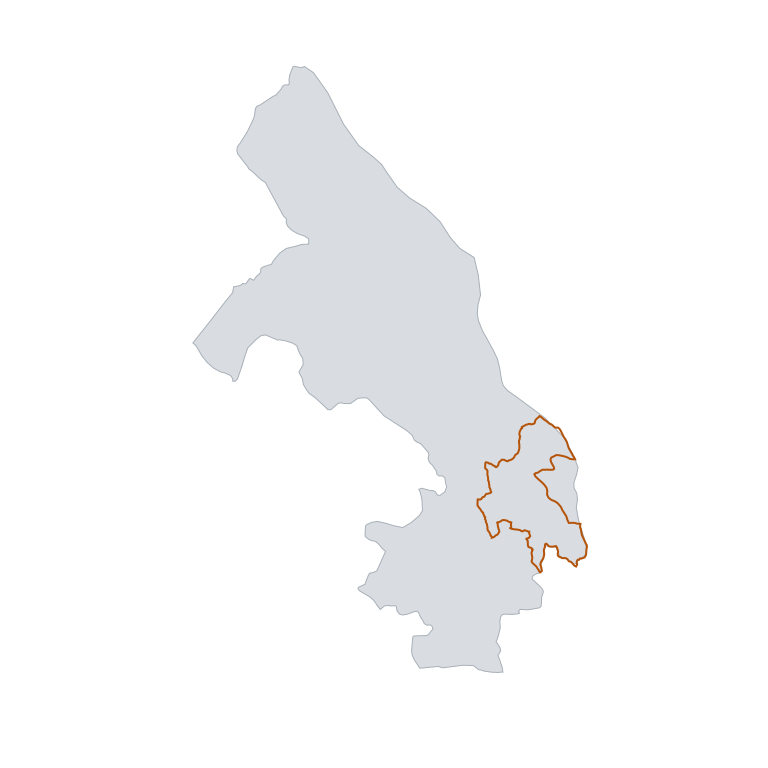 where Pool sits in Republic of the Congo, rotated 308°
{"feature_id": "COG-3341", "entity_name": "Pool", "entity_type": "Region", "adm_level": 1, "iso_a3": "COG", "parent_name": "Republic of the Congo", "parent_adm1": "", "projection": "natural_earth1", "projection_center": [14.821, -3.811], "detail": "fine", "context": "in_parent", "style": "outline", "palette": "amber", "viewbox_px": 768, "rotation_deg": 308, "n_neighbors": 0, "source": "natural_earth", "source_scale": "10m", "svg_char_len": 9660}
<svg xmlns="http://www.w3.org/2000/svg" viewBox="0 0 768 768"><g transform="rotate(308 384 384)"><path d="M182.1,587.2L185.3,577.6L187.7,573.2L190.6,570.1L202.3,562.5L204.0,562.8L212.1,572.6L214.6,573.4L217.5,573.1L220.9,573.5L222.5,571.6L222.8,569.1L220.3,566.2L220.0,563.2L221.7,559.9L222.7,556.3L225.2,552.0L225.4,549.9L222.8,547.7L217.3,544.3L213.6,541.1L212.2,538.0L213.2,534.0L216.2,530.8L216.0,529.0L213.4,526.1L211.5,523.0L209.5,521.0L204.0,519.9L205.1,515.7L207.1,509.5L207.6,504.8L206.0,492.4L206.2,490.2L207.7,489.0L210.9,490.4L214.2,492.3L223.1,489.6L226.2,489.2L228.8,491.6L232.4,493.4L253.0,488.3L253.4,483.0L254.6,478.2L254.7,474.7L253.9,472.4L252.8,470.6L252.2,467.1L252.2,463.2L254.2,461.4L260.7,456.9L262.8,457.0L267.4,459.5L271.7,463.4L275.5,471.6L278.2,478.7L282.4,487.2L291.4,490.7L302.1,492.9L307.9,492.3L316.2,485.1L320.9,479.4L322.4,476.3L325.1,477.9L328.2,485.4L330.2,488.3L330.7,491.0L329.3,494.5L330.7,496.7L336.4,498.3L341.5,496.8L343.7,493.7L347.5,489.8L347.5,486.4L345.5,484.2L345.5,481.2L347.6,478.9L349.7,472.5L350.3,467.8L352.3,464.8L356.1,462.7L357.4,460.8L359.6,449.7L358.5,445.6L358.5,442.3L360.9,438.0L361.3,431.1L358.9,403.5L362.6,381.5L362.3,378.7L359.6,375.3L356.4,372.1L347.9,369.6L344.7,365.5L342.3,361.2L340.5,359.8L331.2,358.0L329.2,355.6L330.0,348.6L330.8,338.2L330.5,331.0L332.2,325.2L334.0,320.8L338.1,316.2L340.3,310.8L341.5,309.4L349.2,308.5L352.0,306.3L354.2,304.0L355.2,300.9L357.8,295.8L360.2,292.3L360.4,289.9L359.9,286.7L357.6,280.3L354.8,274.9L353.1,273.0L349.7,260.4L346.5,257.4L340.3,255.8L328.7,254.4L321.7,256.7L311.0,260.9L297.6,265.5L294.5,265.0L293.1,263.1L295.1,261.5L296.2,257.7L294.8,252.2L292.8,247.2L291.6,240.1L292.1,231.3L294.1,223.1L298.4,212.4L298.7,208.1L324.5,208.3L352.2,208.2L362.8,208.5L368.0,205.7L372.8,209.9L375.2,210.8L376.0,210.5L377.9,213.5L383.9,213.1L384.9,213.8L385.4,217.4L391.0,217.3L393.8,218.1L396.0,218.0L399.3,215.9L401.6,216.6L405.9,219.3L408.9,221.6L413.2,220.9L423.0,221.3L430.6,223.5L438.2,229.6L443.2,233.1L447.8,238.4L449.4,237.4L451.9,235.4L451.8,230.9L449.3,223.3L448.3,216.8L448.9,211.5L450.8,207.7L454.1,205.4L454.5,201.3L469.8,166.3L469.3,162.2L469.7,156.2L470.4,149.5L470.2,145.5L471.3,142.7L475.3,126.9L477.5,124.2L480.8,122.4L485.7,122.3L498.6,121.0L510.5,118.4L514.5,117.3L522.0,113.1L524.9,112.9L527.4,114.5L541.9,119.3L545.9,121.2L547.3,120.9L549.5,121.3L552.9,121.4L556.2,120.8L558.3,121.4L561.0,124.6L562.8,124.2L565.1,121.9L569.5,119.5L577.9,116.9L579.3,118.1L582.2,123.9L585.2,125.9L585.9,136.8L578.8,160.5L563.8,192.3L556.3,217.3L556.3,235.7L555.5,247.2L553.0,254.2L547.2,273.2L546.3,289.5L548.4,309.4L546.4,328.3L540.2,346.2L537.5,360.2L539.1,377.2L527.8,391.3L513.5,405.3L504.3,409.3L497.1,414.0L492.0,419.4L486.6,428.8L478.1,448.9L473.7,457.7L467.9,465.2L459.3,474.4L456.2,478.8L454.9,485.1L455.4,496.7L456.3,531.9L452.5,559.0L444.0,577.9L437.7,588.3L431.3,591.5L423.0,594.4L419.0,597.9L416.6,603.2L411.9,607.7L405.0,611.6L396.4,621.2L385.9,636.5L378.8,645.2L374.9,647.5L370.9,647.7L366.8,645.8L363.4,645.6L361.6,646.4L358.9,644.3L359.0,640.8L358.5,635.0L356.5,629.0L361.0,620.5L360.6,618.6L358.5,615.5L356.1,611.1L353.8,611.4L349.0,614.8L344.0,617.4L339.3,618.5L333.6,622.7L330.4,622.7L328.7,621.1L324.8,619.5L322.7,620.1L321.5,620.8L320.6,631.0L319.8,635.4L318.4,637.5L312.6,639.7L308.7,642.7L305.3,644.7L303.2,644.2L294.7,636.5L290.3,630.1L287.6,630.0L286.8,632.0L285.5,631.1L281.4,626.9L276.5,620.2L274.7,619.2L272.0,619.3L267.8,621.8L263.6,625.6L256.1,629.1L249.8,631.1L249.2,633.5L247.7,637.6L245.6,640.2L240.1,641.0L238.1,644.7L233.2,651.9L230.1,655.1L229.2,653.7L227.3,652.0L223.3,646.5L219.4,639.6L218.3,636.4L217.2,634.7L217.1,627.7L211.1,619.5L196.4,604.9L194.8,600.6L182.1,587.2Z" fill="#d9dde1" stroke="#a8b0b8" stroke-width="1"/><path d="M454.5,526.3L454.7,528.6L454.5,531.7L454.8,535.2L454.6,538.6L454.8,539.6L455.3,540.8L455.3,542.2L455.0,544.9L455.3,546.2L455.9,547.0L456.5,547.5L456.8,548.1L456.7,549.6L456.4,550.8L455.7,552.6L453.1,558.0L452.0,561.3L450.8,564.0L447.4,568.7L445.2,573.9L444.8,575.3L444.1,576.2L443.2,579.1L442.3,580.9L441.1,579.3L440.3,578.1L439.4,576.6L439.2,574.4L438.4,571.6L437.1,568.7L435.4,565.4L433.9,563.4L430.9,562.1L429.0,561.1L427.1,561.6L425.6,563.4L424.5,565.6L423.2,568.8L421.9,570.3L420.5,569.9L418.8,567.9L416.9,565.2L415.4,563.5L414.1,561.7L411.7,560.7L408.7,559.7L407.0,558.3L405.5,558.0L404.4,560.2L404.0,564.2L403.8,568.4L403.3,572.4L402.2,576.1L400.2,578.6L397.2,580.6L395.7,583.8L395.7,587.1L396.8,591.0L397.0,594.3L396.1,599.0L394.4,602.2L393.1,606.0L392.1,608.9L389.7,612.4L388.3,615.2L390.2,617.4L391.7,619.4L393.0,622.4L394.7,624.9L391.9,626.6L391.4,627.3L391.1,628.1L386.9,632.8L382.5,641.3L382.1,642.4L381.6,643.3L380.7,644.1L378.2,645.4L374.6,647.9L373.0,648.6L371.0,648.8L370.4,648.6L368.7,647.4L368.0,647.1L367.8,647.0L367.3,646.1L367.1,645.8L366.6,645.8L365.5,645.9L365.2,645.6L364.8,644.9L363.8,644.9L362.7,645.2L362.1,645.6L361.0,647.0L360.3,647.4L359.3,647.5L358.4,647.7L358.1,645.8L359.0,641.0L358.8,640.4L358.5,639.8L358.3,639.2L358.3,638.5L358.4,637.9L358.8,636.8L358.9,636.2L358.7,634.6L358.1,633.6L357.3,632.8L356.5,631.6L356.0,629.2L355.6,627.8L355.7,627.3L356.1,626.4L357.0,625.5L359.0,624.5L359.6,623.8L360.3,622.8L361.2,621.6L361.9,620.4L362.1,619.2L361.7,618.8L359.9,617.4L358.8,616.0L357.9,614.5L357.6,613.6L357.6,613.2L357.7,612.9L358.0,612.0L358.1,611.2L358.1,610.5L357.9,610.0L357.6,609.7L356.6,609.8L354.3,611.3L351.9,612.0L350.8,612.8L348.7,614.9L346.7,616.0L344.7,616.8L339.9,617.4L337.9,618.4L336.3,620.8L336.2,621.0L335.3,621.9L334.3,623.1L333.8,623.5L333.3,623.5L331.7,623.0L332.1,621.2L332.7,620.1L332.8,619.7L333.1,618.7L333.2,618.3L333.8,616.8L334.0,616.2L334.3,612.0L334.7,610.1L334.8,609.9L335.1,609.6L335.4,609.3L336.2,609.1L338.1,608.0L339.4,606.9L341.0,604.9L341.5,604.4L342.3,604.0L344.1,603.5L344.9,603.1L344.5,602.6L345.4,601.9L345.5,600.8L344.5,598.4L345.2,597.1L345.9,596.3L348.6,594.1L349.0,593.7L349.1,593.1L349.4,591.9L349.7,591.5L350.1,591.7L351.9,592.9L354.1,592.9L354.4,592.6L355.2,591.1L356.0,590.0L356.4,589.7L357.1,589.4L356.4,588.1L355.9,586.3L355.3,584.9L354.3,584.3L353.3,584.0L352.8,583.2L352.6,582.2L352.6,581.1L350.8,577.7L349.7,576.2L348.2,573.1L348.1,572.2L348.3,572.1L348.9,572.4L349.7,572.3L350.2,571.8L350.9,570.8L351.3,570.6L351.7,570.4L353.1,569.6L353.3,569.5L353.2,569.2L353.0,568.7L352.5,568.1L352.4,567.6L352.1,566.2L352.1,565.3L352.0,564.8L351.8,564.3L351.4,563.7L350.9,562.7L350.6,562.2L350.2,561.8L349.9,561.3L349.1,560.9L347.9,560.6L345.9,559.6L345.5,559.3L344.9,558.6L344.5,558.5L344.2,558.8L343.8,559.7L343.5,560.0L342.4,560.9L342.0,561.3L338.9,565.5L338.5,565.8L338.0,565.9L335.7,566.1L335.2,566.1L334.7,565.9L333.8,565.4L333.2,565.2L331.7,565.0L331.2,564.9L329.2,563.6L329.8,563.2L330.0,563.0L330.1,562.7L330.2,562.2L330.1,561.5L330.1,561.3L330.2,561.2L330.8,560.6L331.1,560.1L331.8,558.7L332.0,558.0L332.4,557.1L332.5,556.7L332.5,556.4L332.4,556.3L332.4,556.2L332.5,556.0L332.7,555.7L333.9,554.4L334.7,553.8L335.0,553.6L337.2,550.9L337.4,550.5L337.7,549.7L338.0,549.3L338.2,549.0L339.1,548.4L339.2,548.2L339.6,547.1L339.7,546.8L340.0,546.6L340.5,546.2L341.2,545.9L341.4,545.7L341.4,545.3L341.3,545.0L341.3,544.7L341.7,544.3L342.0,544.0L342.2,543.6L342.7,542.3L342.9,542.0L343.4,541.6L343.6,541.4L343.6,541.2L343.6,540.7L343.6,539.9L343.8,539.2L344.6,537.1L345.5,533.4L345.7,532.9L345.9,532.5L346.9,531.6L350.8,528.9L352.1,530.9L353.2,531.5L354.9,531.3L355.6,531.5L356.8,532.3L357.2,532.4L357.6,532.4L358.2,532.3L360.0,532.2L360.3,532.3L360.6,532.5L360.8,532.7L361.0,532.9L361.4,533.3L362.0,533.8L363.5,534.8L364.3,535.1L364.8,535.1L365.0,534.9L365.6,533.6L366.5,532.7L366.8,532.2L367.6,530.5L367.8,530.3L367.9,530.2L368.9,529.5L370.2,528.0L370.6,527.6L371.5,526.9L371.7,526.6L372.0,525.8L372.0,525.6L372.3,525.3L373.8,524.1L375.4,522.4L375.7,521.9L375.8,521.7L376.4,521.1L378.3,519.8L378.8,519.4L379.3,518.9L379.4,518.7L379.5,518.6L379.6,518.3L379.8,517.5L379.8,517.2L379.8,516.1L379.9,515.7L380.1,515.4L380.5,515.1L381.7,514.2L382.2,513.8L383.9,512.7L384.5,512.4L384.9,512.4L385.1,512.6L385.3,512.9L385.6,513.7L386.0,514.2L386.1,514.5L386.1,514.9L386.0,515.9L386.1,516.2L386.3,516.4L386.7,516.8L386.8,517.0L386.9,517.3L387.0,517.7L387.0,518.1L387.0,519.7L387.4,521.7L387.5,522.0L387.3,522.8L387.3,523.1L387.4,523.5L387.7,523.7L388.2,523.9L389.3,524.0L390.2,524.0L391.3,523.6L392.5,523.0L392.9,522.9L396.3,523.3L396.8,523.5L397.1,523.6L397.2,523.9L397.5,524.4L398.1,525.0L398.2,525.3L398.3,525.6L398.6,527.5L398.9,528.4L399.0,528.7L399.2,528.9L399.4,529.1L399.7,529.2L400.6,529.3L400.9,529.5L401.1,529.7L401.2,529.9L401.3,530.0L401.6,530.3L402.3,530.6L402.5,530.7L402.7,530.8L403.7,531.3L405.8,531.7L406.4,531.7L407.4,531.4L408.4,531.2L409.0,531.2L409.5,531.3L411.4,531.9L411.9,532.0L412.3,532.0L416.2,530.5L416.9,530.1L418.2,529.0L418.5,528.9L418.9,528.5L419.7,527.7L420.1,527.3L420.4,527.2L420.6,527.0L421.1,526.3L421.5,526.0L422.2,525.5L422.8,525.2L424.0,524.9L424.4,524.6L424.5,524.5L424.8,524.2L425.0,524.1L425.4,524.0L426.0,523.8L426.4,523.7L426.7,523.4L426.7,523.1L427.0,522.5L427.1,522.3L427.3,522.0L427.8,521.7L428.4,521.1L429.2,520.7L429.7,520.4L433.2,519.6L433.6,519.7L434.1,520.0L434.3,519.9L434.7,519.4L435.0,519.1L435.3,519.2L435.6,519.5L436.4,519.8L437.1,520.1L437.7,520.3L439.2,521.0L439.9,521.4L440.5,522.0L441.0,522.3L441.3,522.4L441.5,522.5L442.1,523.2L442.3,523.4L442.4,523.6L442.6,523.9L442.8,524.9L443.0,525.1L443.5,525.4L443.7,525.5L443.9,525.7L444.1,526.0L444.4,526.2L444.8,526.5L445.7,526.6L446.4,526.7L446.5,526.6L446.8,526.4L447.2,526.2L447.7,525.9L448.7,525.7L449.3,525.6L449.7,525.6L451.1,525.8L452.3,526.1L454.5,526.3Z" fill="none" stroke="#b45309" stroke-width="2"/></g></svg>